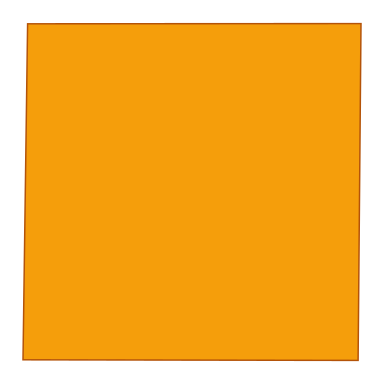 Trego, Kansas, United States of America (orthographic projection)
{"feature_id": "52423323B86059367536746", "entity_name": "Trego", "entity_type": "district", "adm_level": 2, "iso_a3": "USA", "parent_name": "United States of America", "parent_adm1": "Kansas", "projection": "orthographic", "projection_center": [-99.874, 38.915], "detail": "fine", "context": "isolated", "style": "filled", "palette": "amber", "viewbox_px": 384, "rotation_deg": 0, "n_neighbors": 0, "source": "geoboundaries", "source_scale": "gbopen_adm2", "svg_char_len": 197}
<svg xmlns="http://www.w3.org/2000/svg" viewBox="0 0 384 384"><path d="M27.6,23.8L23.0,359.8L358.1,360.4L361.0,23.6L352.9,23.6L27.6,23.8Z" fill="#f59e0b" stroke="#b45309" stroke-width="1.5"/></svg>